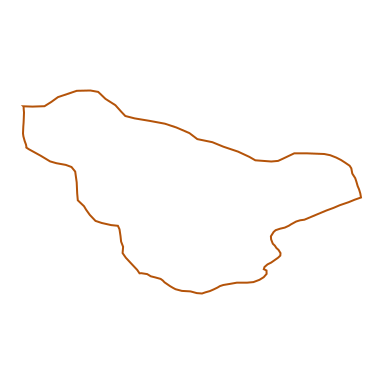 the district of Huddinge, Stockholm, Sweden
{"feature_id": "70781695B98440364310876", "entity_name": "Huddinge", "entity_type": "district", "adm_level": 2, "iso_a3": "SWE", "parent_name": "Sweden", "parent_adm1": "Stockholm", "projection": "robinson", "projection_center": [18.029, 59.213], "detail": "fine", "context": "isolated", "style": "outline", "palette": "amber", "viewbox_px": 384, "rotation_deg": 0, "n_neighbors": 0, "source": "geoboundaries", "source_scale": "gbopen_adm2", "svg_char_len": 1744}
<svg xmlns="http://www.w3.org/2000/svg" viewBox="0 0 384 384"><path d="M361.0,197.5L360.3,193.5L359.0,189.2L357.7,186.2L356.4,181.7L355.2,178.1L352.3,173.6L351.3,168.3L349.6,165.7L344.9,162.5L341.0,160.0L336.3,157.6L330.2,155.2L324.2,154.0L306.0,153.3L294.3,153.3L288.8,155.9L282.9,158.7L278.1,160.9L271.3,161.5L255.3,160.3L249.4,156.9L238.0,151.6L223.4,146.7L212.4,142.2L197.3,139.1L189.4,133.1L176.4,127.5L164.9,123.7L149.8,120.9L134.7,118.4L125.3,116.0L121.6,112.1L115.4,105.2L105.5,98.9L98.2,91.9L90.4,90.5L76.8,90.8L58.0,97.1L51.2,102.0L44.5,106.2L32.5,106.6L23.4,106.3L23.6,106.5L23.7,109.1L24.0,112.5L23.8,117.9L23.6,122.6L23.3,126.6L23.0,133.5L23.4,136.4L24.7,141.1L26.0,144.6L26.5,147.4L26.4,147.6L28.8,149.2L40.8,155.8L50.1,161.4L56.4,163.2L65.8,164.9L71.5,167.0L75.2,171.6L76.7,182.4L77.2,193.6L77.8,200.3L84.0,206.2L86.1,209.7L89.8,214.9L95.5,220.9L101.8,223.0L111.2,225.1L117.9,225.8L119.5,229.3L120.5,236.0L121.1,241.6L123.1,246.8L122.6,253.1L125.8,257.7L131.0,263.3L137.2,269.9L139.5,273.3L141.4,273.2L147.2,274.1L150.8,276.3L155.2,277.4L160.6,278.9L162.7,280.4L164.5,282.3L170.0,286.1L172.9,287.8L175.5,289.2L181.9,290.9L190.5,291.4L196.8,293.1L202.0,293.5L205.5,292.3L209.8,291.1L213.7,289.4L217.6,287.5L219.9,286.1L223.3,285.0L229.9,283.9L236.7,282.7L246.7,282.7L253.4,282.1L259.5,279.8L263.7,277.2L266.6,273.9L266.5,270.5L263.8,269.2L264.5,267.0L267.5,264.4L271.1,262.6L278.1,257.7L280.3,255.6L280.5,253.1L278.5,249.9L276.4,248.0L274.8,245.6L272.8,243.7L271.1,239.3L270.9,236.3L273.6,232.0L275.6,230.2L280.1,228.7L284.8,227.6L288.9,225.7L290.9,224.4L296.2,221.5L300.1,220.3L304.4,219.7L318.0,214.0L326.4,210.5L333.5,207.9L339.8,205.2L348.6,202.2L354.7,199.7L361.0,197.5Z" fill="none" stroke="#b45309" stroke-width="2"/></svg>